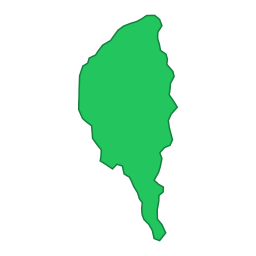 the district of Francisco Morato, São Paulo, Brazil, rotated 90°
{"feature_id": "56859067B7096478709606", "entity_name": "Francisco Morato", "entity_type": "district", "adm_level": 2, "iso_a3": "BRA", "parent_name": "Brazil", "parent_adm1": "São Paulo", "projection": "natural_earth1", "projection_center": [-46.713, -23.275], "detail": "fine", "context": "isolated", "style": "filled", "palette": "green", "viewbox_px": 256, "rotation_deg": 90, "n_neighbors": 0, "source": "geoboundaries", "source_scale": "gbopen_adm2", "svg_char_len": 1131}
<svg xmlns="http://www.w3.org/2000/svg" viewBox="0 0 256 256"><g transform="rotate(90 128 128)"><path d="M139.8,83.5L131.6,85.7L127.2,86.8L120.5,87.7L114.2,84.9L107.2,78.7L100.9,82.6L94.8,86.8L88.5,85.9L83.3,85.5L76.5,81.9L71.4,83.1L64.4,89.2L59.1,88.6L54.1,90.1L50.4,95.5L44.1,96.7L38.5,98.4L32.3,98.2L25.7,94.1L19.5,96.4L15.4,101.3L15.5,109.3L18.9,114.3L21.6,119.5L23.4,125.5L26.0,132.2L30.2,138.0L35.0,141.5L40.5,145.4L45.1,153.3L51.1,157.9L55.0,160.4L58.1,166.8L63.2,168.3L66.1,173.2L75.8,176.4L85.4,176.7L91.2,176.9L95.8,176.9L102.7,177.2L109.6,177.3L118.5,173.4L122.2,169.2L125.8,164.4L131.7,163.9L138.4,163.4L144.9,158.7L149.8,154.7L156.3,155.0L160.9,155.8L164.4,150.2L168.9,143.5L164.3,139.1L166.0,133.6L173.9,131.9L177.3,126.4L181.4,124.4L186.2,122.4L193.0,118.3L198.8,116.6L202.7,113.7L208.2,114.3L214.5,113.9L219.5,112.0L224.7,106.9L230.7,103.6L238.5,101.9L240.6,96.4L232.9,90.3L224.6,94.1L219.1,98.6L209.9,98.8L201.7,97.3L195.4,97.0L192.0,92.9L187.1,92.6L184.3,97.5L180.2,101.9L172.5,97.5L166.9,95.8L158.7,94.1L152.7,96.2L147.5,91.4L145.3,86.0L139.8,83.5Z" fill="#22c55e" stroke="#15803d" stroke-width="1.5"/></g></svg>